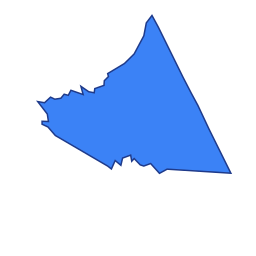 outline of McCreary, Kentucky, United States of America, rotated 242°
{"feature_id": "52423323B49064282792865", "entity_name": "McCreary", "entity_type": "district", "adm_level": 2, "iso_a3": "USA", "parent_name": "United States of America", "parent_adm1": "Kentucky", "projection": "mercator", "projection_center": [-84.43, 36.777], "detail": "fine", "context": "isolated", "style": "filled", "palette": "blue", "viewbox_px": 256, "rotation_deg": 242, "n_neighbors": 0, "source": "geoboundaries", "source_scale": "gbopen_adm2", "svg_char_len": 731}
<svg xmlns="http://www.w3.org/2000/svg" viewBox="0 0 256 256"><g transform="rotate(242 128 128)"><path d="M39.8,197.6L88.9,199.0L115.1,200.3L128.9,200.2L147.2,200.4L202.1,202.1L205.3,202.1L216.1,202.0L212.2,193.5L202.0,185.3L190.5,168.2L186.6,155.1L185.6,135.6L182.6,134.9L180.9,129.3L176.9,126.8L178.4,117.2L175.0,114.7L178.4,110.4L186.9,106.0L178.6,104.1L188.1,95.3L184.9,90.6L187.8,87.5L185.8,82.7L187.8,76.9L191.6,74.1L189.5,66.2L193.7,60.7L178.2,63.3L171.1,60.8L174.3,55.3L171.7,53.9L166.5,57.8L155.5,60.3L103.9,92.2L99.6,94.1L105.3,101.4L98.4,104.2L104.0,109.1L102.8,117.6L96.9,115.7L98.1,119.1L89.7,121.5L87.0,124.1L86.0,131.3L73.2,134.5L73.3,143.2L39.8,197.6Z" fill="#3b82f6" stroke="#1e3a8a" stroke-width="1.5"/></g></svg>